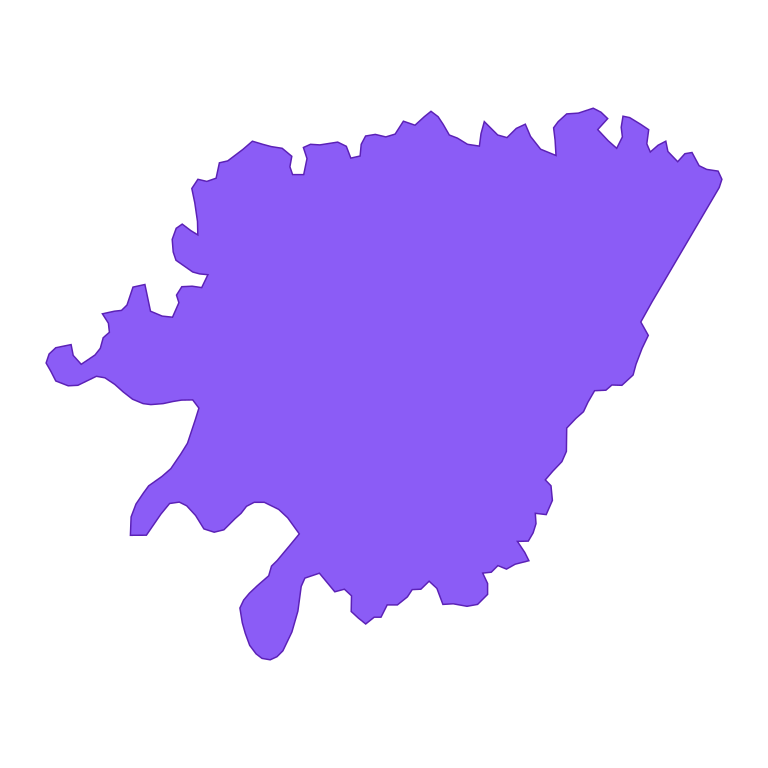 the district of Borrazópolis, Paraná, Brazil
{"feature_id": "56859067B75650491699958", "entity_name": "Borrazópolis", "entity_type": "district", "adm_level": 2, "iso_a3": "BRA", "parent_name": "Brazil", "parent_adm1": "Paraná", "projection": "natural_earth1", "projection_center": [-51.611, -23.953], "detail": "fine", "context": "isolated", "style": "filled", "palette": "violet", "viewbox_px": 768, "rotation_deg": 0, "n_neighbors": 0, "source": "geoboundaries", "source_scale": "gbopen_adm2", "svg_char_len": 2916}
<svg xmlns="http://www.w3.org/2000/svg" viewBox="0 0 768 768"><path d="M601.0,112.2L593.2,108.2L578.4,113.1L566.7,113.9L558.2,121.6L553.6,127.8L555.1,140.3L556.0,155.5L540.6,149.2L530.5,136.4L525.3,124.2L516.3,128.4L507.0,137.6L497.7,135.0L484.3,121.6L481.0,133.7L479.4,146.1L467.5,144.3L457.4,138.1L449.3,135.0L443.2,124.4L438.1,116.7L431.0,111.3L424.3,116.7L415.0,125.2L403.4,121.2L395.1,134.1L385.8,136.9L375.3,134.4L365.6,136.0L361.2,144.3L360.1,156.0L350.8,158.1L346.3,146.3L337.7,142.1L319.8,144.9L310.5,144.3L303.4,147.5L307.0,158.6L303.7,174.6L292.6,174.6L289.9,166.8L291.8,156.3L282.2,148.3L271.3,146.6L262.7,144.3L252.4,141.2L242.9,149.4L227.7,160.9L219.4,162.8L216.1,178.2L206.8,181.4L197.9,179.3L191.8,188.5L194.8,202.9L197.5,221.5L197.8,234.9L190.8,230.6L182.2,224.1L176.2,228.3L172.2,239.4L173.2,252.0L176.0,260.3L192.7,272.0L199.6,273.9L207.9,274.7L201.7,287.6L192.2,286.2L181.8,286.7L176.5,295.1L178.9,302.7L172.5,317.2L162.2,316.1L150.5,311.2L144.9,284.5L133.0,287.1L127.0,305.0L121.5,310.4L114.4,311.2L102.4,313.8L108.4,323.2L109.4,332.3L103.2,337.7L100.3,348.3L95.0,355.0L81.2,364.3L73.2,355.4L71.1,344.6L55.8,347.7L49.1,354.0L46.1,363.0L50.9,371.4L55.8,381.0L68.2,385.8L77.9,385.3L96.4,376.3L104.9,377.8L114.8,384.4L123.4,392.1L132.5,399.2L143.1,403.6L150.8,404.6L163.2,403.6L172.9,401.5L181.5,400.1L192.7,399.9L198.9,408.1L195.3,419.7L187.5,443.2L180.8,454.0L170.8,468.7L162.0,476.4L148.7,485.8L143.5,492.9L136.0,504.0L131.1,516.9L130.4,535.3L146.4,535.2L160.9,514.1L169.6,503.5L179.3,502.1L186.7,505.8L195.6,515.5L203.9,528.9L214.2,532.2L223.9,529.8L235.1,518.6L241.1,513.3L246.5,506.3L254.2,502.3L264.3,502.3L278.7,509.4L287.7,517.8L299.3,533.9L288.9,546.5L277.0,560.7L271.5,566.1L268.7,575.8L257.2,585.8L249.4,593.2L243.7,600.0L239.9,608.0L242.3,622.8L245.3,633.4L249.7,645.4L256.1,653.9L262.0,658.4L270.2,659.8L277.0,656.7L282.9,650.8L291.9,632.0L297.9,611.1L301.2,586.4L304.9,578.1L319.4,573.2L334.8,591.8L344.4,589.2L351.5,595.8L351.2,611.5L358.6,618.3L365.7,624.0L374.2,617.2L381.0,617.2L387.2,604.9L397.4,604.9L407.4,596.9L412.2,589.6L420.9,589.2L429.1,581.2L436.9,588.4L442.9,604.4L453.2,603.8L467.0,606.3L477.6,604.4L487.6,594.4L487.6,583.5L482.7,573.1L491.3,572.2L497.9,565.6L506.5,569.1L515.2,564.2L528.9,560.7L524.8,552.5L517.4,541.4L528.3,541.1L533.1,532.9L536.0,523.7L535.3,513.3L546.2,514.6L552.4,500.4L551.0,485.8L545.3,479.9L552.6,471.4L561.9,461.6L566.4,451.4L566.7,428.1L576.0,418.3L583.5,411.7L587.9,402.3L594.6,390.7L605.9,390.2L611.9,385.0L621.9,385.3L633.1,375.0L636.0,364.3L642.1,348.3L648.3,335.4L640.8,322.0L652.0,301.9L719.2,187.6L721.9,179.3L718.1,171.1L706.7,169.4L699.1,165.7L692.0,152.5L684.9,153.7L677.7,161.7L667.9,151.5L665.8,141.2L658.1,145.2L650.3,152.0L646.8,143.8L648.7,129.7L640.8,124.4L629.7,117.6L623.0,116.2L621.2,127.3L622.4,136.9L616.7,148.3L608.1,140.7L597.7,129.6L607.7,118.6L601.0,112.2Z" fill="#8b5cf6" stroke="#5b21b6" stroke-width="1.5"/></svg>